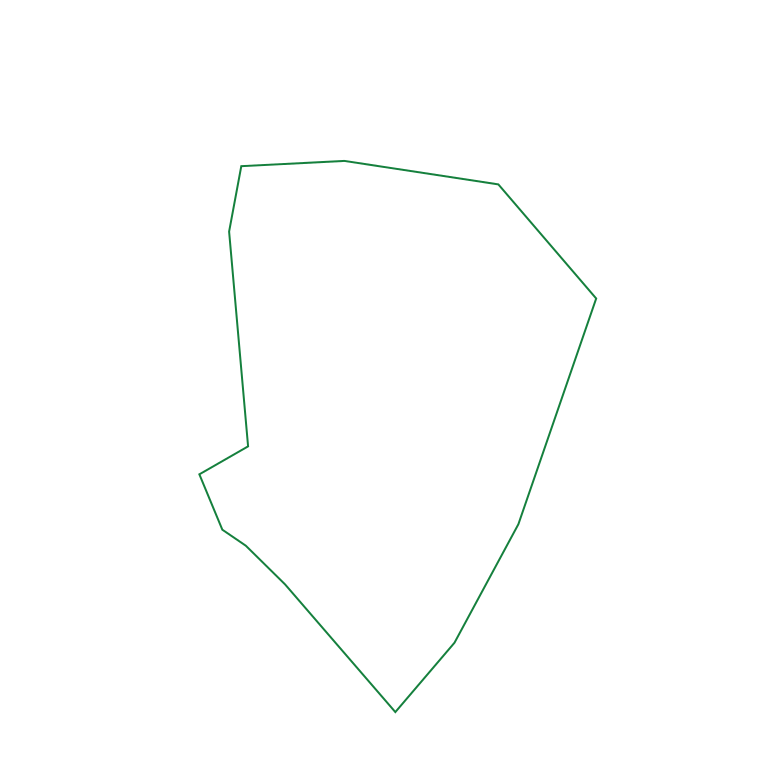 the border of Manila, rotated 230°
{"feature_id": "PHL-5543", "entity_name": "Manila", "entity_type": "Highly Urbanized City", "adm_level": 1, "iso_a3": "PHL", "parent_name": "Philippines", "parent_adm1": "", "projection": "orthographic", "projection_center": [120.991, 14.594], "detail": "fine", "context": "isolated", "style": "outline", "palette": "green", "viewbox_px": 768, "rotation_deg": 230, "n_neighbors": 0, "source": "natural_earth", "source_scale": "10m", "svg_char_len": 334}
<svg xmlns="http://www.w3.org/2000/svg" viewBox="0 0 768 768"><g transform="rotate(230 384 384)"><path d="M313.1,601.5L190.2,396.8L140.5,271.7L125.4,181.8L294.1,179.4L348.9,174.2L376.3,166.5L433.5,184.5L423.6,239.8L600.3,363.3L642.6,414.7L580.4,497.0L463.4,599.9L313.1,601.5Z" fill="none" stroke="#15803d" stroke-width="2"/></g></svg>